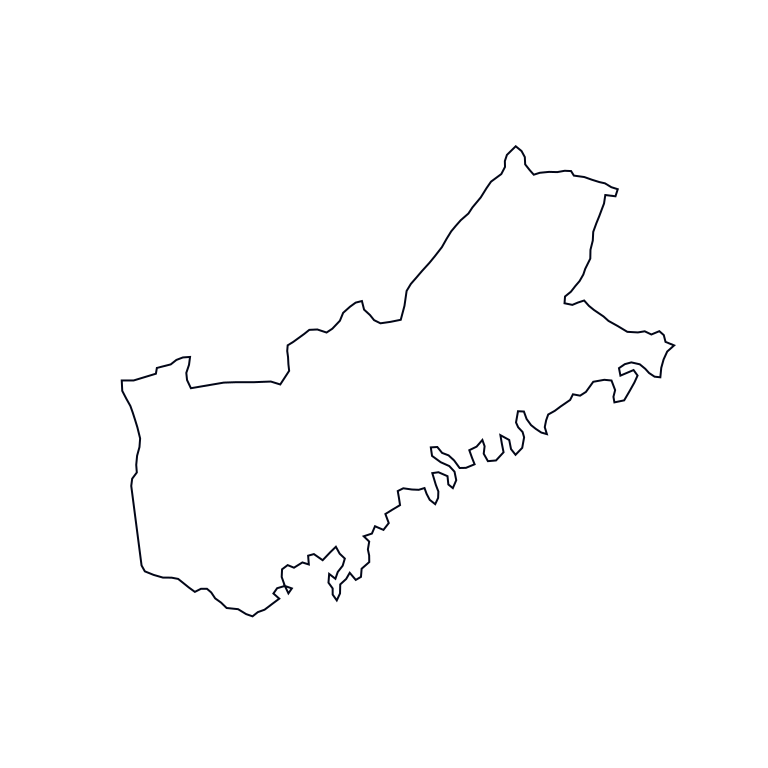 Redentora, Rio Grande do Sul, Brazil, rotated 54°
{"feature_id": "56859067B65128822842334", "entity_name": "Redentora", "entity_type": "district", "adm_level": 2, "iso_a3": "BRA", "parent_name": "Brazil", "parent_adm1": "Rio Grande do Sul", "projection": "mercator", "projection_center": [-53.617, -27.564], "detail": "fine", "context": "isolated", "style": "outline", "palette": "ink", "viewbox_px": 768, "rotation_deg": 54, "n_neighbors": 0, "source": "geoboundaries", "source_scale": "gbopen_adm2", "svg_char_len": 3566}
<svg xmlns="http://www.w3.org/2000/svg" viewBox="0 0 768 768"><g transform="rotate(54 384 384)"><path d="M227.0,594.1L235.7,599.8L244.3,601.1L252.7,602.1L259.5,604.1L266.8,606.5L274.1,609.0L284.7,613.3L291.3,618.9L296.9,625.9L303.8,632.0L310.3,636.0L312.6,643.4L317.9,648.4L388.3,686.8L395.0,687.6L403.0,682.6L410.6,676.7L415.8,669.7L420.7,665.1L426.5,663.5L433.9,661.5L441.0,659.2L442.1,652.5L445.6,647.6L451.1,646.3L458.2,646.6L465.1,644.3L472.7,643.0L480.4,634.4L489.1,630.8L494.7,626.9L494.4,620.2L496.4,613.3L496.2,603.4L496.1,594.9L488.5,596.6L486.4,590.5L489.1,582.9L480.0,580.2L474.0,575.4L473.9,568.4L479.7,564.8L480.4,554.9L485.8,550.9L478.3,546.3L480.4,540.7L490.5,537.2L488.5,526.3L487.4,518.6L495.2,519.6L502.2,518.3L506.7,524.2L508.9,531.9L513.0,537.8L505.4,540.0L512.1,545.7L519.2,545.7L524.2,549.3L531.3,549.4L527.6,542.7L520.4,537.2L519.5,529.2L516.6,522.7L525.9,522.0L526.5,516.0L520.3,510.7L519.4,500.6L514.0,496.8L508.4,494.3L502.8,488.6L495.3,489.9L497.9,481.7L493.8,474.9L501.7,470.2L499.3,461.9L490.0,459.3L490.6,451.1L491.4,442.2L485.0,438.9L478.7,435.8L479.7,429.7L485.8,423.4L490.0,418.1L492.0,412.4L497.9,414.1L504.6,415.1L511.3,413.2L508.0,407.2L502.9,403.2L495.9,401.3L484.5,397.3L487.4,391.8L495.9,386.8L503.1,391.0L508.7,389.5L504.3,382.1L496.4,378.5L488.8,379.4L480.6,384.1L470.4,387.4L462.8,383.4L466.3,377.9L473.9,377.5L479.7,373.7L487.1,372.2L496.4,372.2L500.0,367.0L502.2,357.9L495.2,356.1L487.7,353.9L489.1,345.9L487.1,337.3L493.5,339.2L499.0,344.3L507.5,345.3L511.7,338.3L509.5,327.4L501.7,323.8L493.8,319.9L502.9,315.6L511.3,319.5L518.6,319.2L516.9,309.7L509.5,302.0L504.3,300.1L497.9,300.9L492.7,299.8L484.8,291.6L488.5,287.0L496.1,289.2L503.7,289.2L509.5,287.6L515.7,285.3L520.3,281.7L513.4,279.3L508.7,274.2L505.2,269.1L506.1,261.6L506.0,254.4L506.3,242.8L503.4,237.2L508.7,232.2L509.1,225.3L505.2,213.4L510.1,203.3L514.9,197.9L524.8,200.6L529.2,205.9L534.3,208.4L538.4,199.3L534.1,189.5L530.0,180.6L526.2,173.9L519.4,173.9L516.2,187.8L509.3,184.6L509.5,177.5L511.9,171.2L518.4,165.5L525.3,163.7L530.9,163.1L537.1,160.8L541.0,156.5L533.9,150.2L528.5,143.4L524.2,135.8L523.3,126.6L515.4,131.5L508.9,128.9L503.1,130.2L501.1,138.6L494.6,142.1L491.5,148.3L484.8,156.5L474.6,160.8L464.9,165.3L458.4,166.7L447.6,170.6L441.2,172.3L434.1,173.0L432.1,179.2L430.7,185.1L424.8,190.5L419.6,186.1L419.2,178.5L417.2,171.6L415.7,165.3L412.6,158.4L409.1,153.5L403.8,143.4L396.8,138.1L390.7,130.8L383.9,125.3L378.7,117.6L374.8,111.3L370.5,104.8L367.3,99.9L361.2,93.9L368.2,86.4L363.8,80.4L358.4,84.4L351.5,87.3L347.2,91.1L341.0,95.7L334.3,100.3L327.0,107.9L321.7,107.5L317.7,112.5L314.4,119.3L309.4,125.8L304.7,133.8L302.7,139.8L296.6,140.4L289.3,140.7L283.2,136.7L276.4,135.8L269.1,137.7L270.9,149.9L274.7,155.2L279.5,158.5L283.1,165.7L283.2,178.5L285.8,185.9L289.9,196.0L293.1,208.6L295.7,215.5L296.6,225.6L298.3,233.2L300.0,239.9L303.2,247.7L307.3,256.7L310.5,267.7L312.7,276.1L315.0,287.2L317.0,295.5L318.8,303.4L322.0,311.0L332.8,321.5L341.9,332.7L337.5,342.3L332.8,351.2L326.5,354.5L320.0,354.8L312.1,356.4L303.9,353.1L301.5,359.1L301.5,366.1L302.4,375.2L306.9,382.5L308.9,393.3L308.6,400.2L300.7,405.9L296.3,412.6L296.6,419.0L296.6,426.6L296.6,432.6L296.1,439.2L300.4,442.9L305.8,445.8L311.8,449.7L317.6,453.0L323.4,468.2L315.5,474.1L310.6,481.4L305.8,488.6L295.4,502.9L288.7,512.8L273.9,542.7L265.0,541.0L258.8,537.4L253.9,530.5L248.1,525.0L244.3,531.1L242.5,537.8L242.8,545.0L237.5,558.3L241.6,562.5L234.0,584.4L227.0,594.1ZM489.1,582.9L497.2,584.4L495.2,578.7L489.1,582.9Z" fill="none" stroke="#020617" stroke-width="2"/></g></svg>